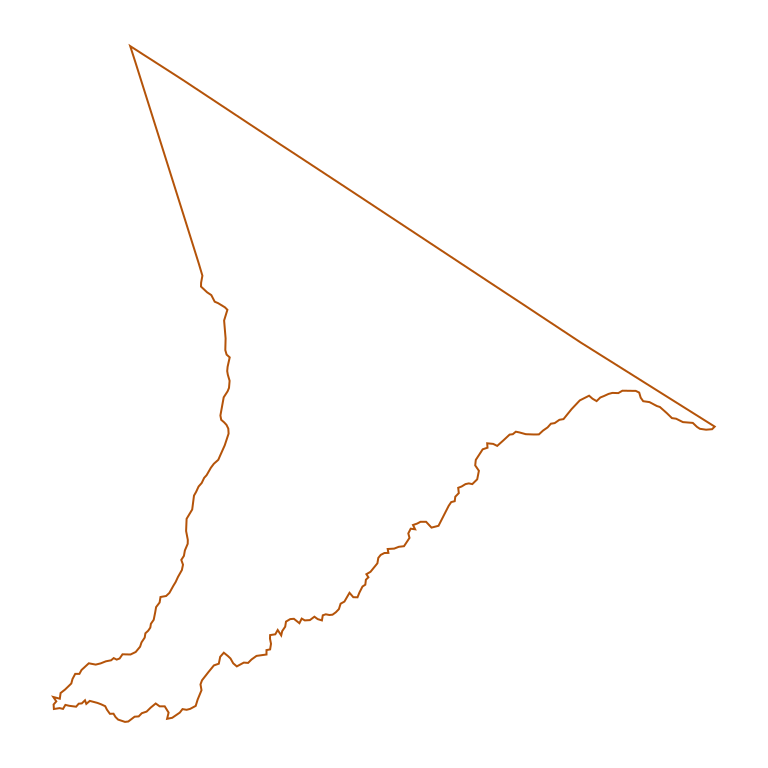 the district of Novo Planalto, Goiás, Brazil
{"feature_id": "56859067B70004024214037", "entity_name": "Novo Planalto", "entity_type": "district", "adm_level": 2, "iso_a3": "BRA", "parent_name": "Brazil", "parent_adm1": "Goiás", "projection": "natural_earth1", "projection_center": [-49.753, -13.241], "detail": "fine", "context": "isolated", "style": "outline", "palette": "amber", "viewbox_px": 768, "rotation_deg": 0, "n_neighbors": 0, "source": "geoboundaries", "source_scale": "gbopen_adm2", "svg_char_len": 3432}
<svg xmlns="http://www.w3.org/2000/svg" viewBox="0 0 768 768"><path d="M130.2,46.1L135.6,62.9L183.8,215.8L198.8,263.6L202.4,275.7L201.1,282.7L201.0,286.6L207.1,292.3L211.3,295.1L214.7,301.7L218.0,303.1L224.9,307.3L227.4,309.8L224.1,320.5L225.6,338.4L225.3,350.1L226.6,354.6L229.7,357.4L227.6,366.8L227.2,371.1L227.8,374.6L229.6,380.8L229.0,387.9L227.6,391.3L223.7,397.3L220.4,415.5L221.2,419.8L224.1,422.3L226.5,424.9L228.3,428.6L228.6,433.6L224.7,445.4L220.0,455.9L218.3,459.8L213.9,463.7L210.9,467.7L206.6,475.2L204.2,477.8L201.7,483.0L198.6,486.5L196.1,491.9L194.0,495.6L192.2,509.5L186.6,518.8L186.1,531.0L187.8,539.9L187.7,543.8L184.9,550.4L183.9,555.9L181.3,559.9L183.0,564.7L181.9,570.0L178.0,576.9L175.6,582.1L173.4,585.7L169.4,592.9L166.1,596.0L160.5,597.0L159.6,602.5L156.1,607.1L155.2,612.3L153.7,619.8L150.9,623.8L150.3,627.6L148.2,630.7L145.4,633.3L144.7,637.6L141.5,642.4L140.1,646.7L135.7,652.0L130.5,654.5L122.5,654.3L119.6,658.5L116.7,659.6L113.7,658.1L111.1,660.3L105.9,661.3L100.6,663.4L95.7,664.6L88.8,663.3L81.5,670.0L79.4,673.9L75.2,673.9L72.5,679.0L71.3,683.5L65.0,689.6L60.6,693.0L59.8,698.7L53.3,697.0L56.3,701.4L53.6,704.5L53.9,709.0L59.6,708.1L63.0,708.9L65.4,704.9L69.2,705.8L76.1,706.7L78.7,703.7L81.8,703.4L85.0,700.3L86.3,703.9L89.8,700.9L97.4,702.9L101.1,704.3L105.2,706.2L106.9,709.6L109.9,713.8L113.5,713.7L115.5,717.0L118.1,719.6L125.0,721.9L128.3,721.5L134.6,716.7L138.7,716.4L141.8,713.2L146.6,711.6L150.7,707.6L155.7,703.5L159.6,706.3L164.7,706.3L168.6,712.6L167.1,718.8L172.2,717.8L179.8,712.6L182.5,709.1L186.6,709.8L190.1,708.9L195.7,705.9L197.6,699.7L201.5,690.2L200.5,684.4L202.0,680.3L208.5,672.0L213.9,665.4L218.8,663.7L220.2,656.8L223.8,652.7L228.0,656.1L230.5,658.5L233.2,663.3L236.8,666.4L243.8,662.6L248.1,662.9L251.5,659.5L256.5,655.9L266.5,654.5L266.5,650.1L270.1,649.4L271.0,643.8L270.0,638.7L270.1,635.1L275.3,634.3L277.7,630.0L281.2,635.4L282.2,631.1L285.2,626.7L286.0,621.6L290.2,619.1L293.9,618.8L299.4,623.2L301.7,618.6L304.8,620.4L309.9,620.1L314.4,616.7L317.7,619.1L321.9,620.4L322.8,615.3L325.8,614.3L329.4,615.0L332.5,614.7L335.8,612.3L338.9,609.1L340.6,603.7L344.4,601.6L349.5,592.8L353.3,597.2L357.5,597.3L359.4,592.6L362.5,586.5L365.3,584.7L365.9,579.7L368.4,577.3L366.4,574.2L370.5,571.8L377.4,563.3L378.3,557.9L380.7,554.9L384.4,553.0L388.4,552.9L387.7,549.0L394.2,548.6L398.8,546.8L404.0,546.2L409.5,537.9L408.3,533.4L410.7,528.7L415.1,529.3L413.0,525.0L417.1,523.6L420.5,521.8L426.1,521.8L431.5,527.6L438.5,525.8L448.7,505.8L451.2,502.1L454.7,501.2L455.3,496.7L458.8,493.1L458.2,487.8L461.6,486.5L465.5,484.1L468.8,483.4L472.3,484.1L477.2,479.3L478.9,470.8L475.2,465.4L475.8,459.9L482.7,449.3L487.5,447.7L487.2,443.3L493.2,443.9L497.2,445.9L502.8,440.9L509.6,434.6L512.8,434.2L515.8,431.7L519.3,432.4L525.8,434.2L534.5,434.5L538.9,434.4L543.0,430.6L547.6,427.4L550.9,423.7L554.7,423.1L559.4,419.8L563.5,419.1L571.5,409.2L579.8,400.4L589.1,395.7L592.5,398.7L596.6,401.1L600.3,397.5L604.0,396.0L608.6,393.9L612.4,392.9L618.3,393.1L622.4,390.7L635.8,390.9L639.2,392.6L640.7,397.7L643.2,401.2L649.5,402.1L656.8,406.0L659.9,407.0L667.0,413.3L671.9,418.1L676.1,418.7L682.9,422.1L692.8,422.9L697.0,426.9L699.9,428.8L706.1,429.7L712.1,429.2L714.7,426.6L646.5,383.8L580.7,342.5L540.3,315.8L525.7,306.1L487.7,281.1L349.1,189.6L286.1,148.2L280.1,144.3L274.1,140.3L250.3,124.6L182.3,79.6L147.3,57.1L142.9,54.3L130.2,46.1Z" fill="none" stroke="#b45309" stroke-width="2"/></svg>